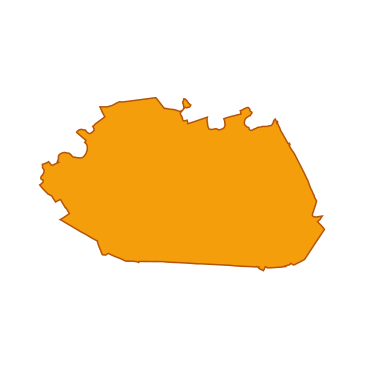 outline of Salcea, Suceava, Romania, rotated 133°
{"feature_id": "2599482B6511307834665", "entity_name": "Salcea", "entity_type": "district", "adm_level": 2, "iso_a3": "ROU", "parent_name": "Romania", "parent_adm1": "Suceava", "projection": "albers", "projection_center": [26.345, 47.647], "detail": "fine", "context": "isolated", "style": "filled", "palette": "amber", "viewbox_px": 384, "rotation_deg": 133, "n_neighbors": 0, "source": "geoboundaries", "source_scale": "gbopen_adm2", "svg_char_len": 6007}
<svg xmlns="http://www.w3.org/2000/svg" viewBox="0 0 384 384"><g transform="rotate(133 192 192)"><path d="M290.7,308.2L291.0,306.0L291.4,303.0L291.7,295.6L291.4,295.1L291.0,293.7L290.6,291.9L292.4,284.9L290.2,284.3L287.2,283.1L288.1,280.2L289.9,273.8L289.5,273.6L291.4,266.9L299.6,268.8L302.1,269.6L301.8,268.7L300.7,263.6L300.4,262.0L299.4,257.7L299.2,257.2L299.1,256.4L298.1,251.7L297.9,251.0L297.1,246.9L295.6,241.4L293.7,232.6L293.4,231.7L292.5,228.2L292.3,228.0L292.5,227.9L292.7,227.7L293.0,227.0L293.7,225.9L294.5,224.4L295.3,222.9L297.2,218.7L298.4,216.4L299.0,214.7L297.2,212.4L296.7,212.0L296.4,211.9L295.1,211.7L294.4,211.5L294.1,211.3L293.9,211.0L293.7,210.6L293.5,209.8L292.8,207.5L292.2,205.9L291.9,204.7L291.2,203.2L290.7,201.8L289.7,199.4L288.6,196.0L287.9,193.8L287.7,193.4L287.4,192.9L282.9,188.0L282.1,186.9L281.2,185.7L280.5,184.5L280.1,183.6L279.9,182.9L278.8,183.3L277.3,181.6L262.2,165.2L261.8,164.4L257.2,158.8L251.5,152.1L246.3,145.9L240.4,138.5L239.9,138.1L238.8,136.9L220.2,114.8L216.5,110.0L213.0,105.7L206.4,98.0L203.2,94.2L202.4,93.8L202.4,93.1L201.1,91.8L202.3,90.9L200.8,86.1L196.7,87.4L195.9,84.9L191.4,80.5L186.0,75.5L183.1,73.1L183.2,73.7L178.4,70.9L176.9,71.2L176.5,69.7L176.1,67.9L175.0,67.3L174.3,67.1L170.5,65.7L164.8,63.7L163.3,63.9L160.2,64.4L157.4,64.9L152.6,65.7L148.2,66.5L132.8,69.0L129.1,69.6L128.7,71.3L128.6,72.7L128.3,75.3L128.2,78.1L128.1,79.4L128.1,79.9L124.5,79.6L123.9,79.7L123.4,79.9L122.8,80.1L122.1,80.2L120.8,80.3L122.2,81.5L123.4,82.4L124.6,83.4L124.8,83.5L125.1,83.6L125.9,84.5L126.5,85.3L127.1,86.2L127.2,86.6L127.1,87.4L126.9,88.1L126.7,88.3L126.5,88.5L125.0,89.3L124.4,89.6L123.9,89.7L121.7,90.8L120.1,91.5L116.7,93.1L115.9,93.5L114.8,94.1L113.7,94.6L113.1,96.4L112.3,98.7L112.0,99.2L111.0,100.9L110.7,102.0L110.4,102.8L109.5,104.7L108.8,106.4L108.3,108.0L106.3,111.9L104.8,114.7L103.0,119.5L102.2,121.5L100.7,125.3L97.9,133.0L97.4,134.6L96.0,138.2L95.8,138.9L95.4,139.9L94.0,143.9L93.2,147.8L92.6,150.0L91.6,153.0L90.6,152.6L89.9,154.0L91.0,155.1L87.5,166.0L86.5,169.4L85.4,171.3L83.6,176.2L84.0,176.4L83.9,176.6L83.6,176.4L83.5,176.6L83.9,176.8L83.3,177.6L82.5,177.0L82.1,177.7L82.9,178.2L81.9,180.9L84.0,180.9L85.2,180.4L85.3,180.3L85.2,180.2L85.7,179.8L85.8,179.7L86.4,179.8L88.0,179.4L89.0,179.4L89.5,179.5L91.5,181.1L92.7,181.7L93.7,182.8L94.6,183.6L94.9,183.9L95.1,184.3L95.6,184.8L96.4,185.4L97.0,185.8L97.7,186.1L98.3,186.5L99.1,187.4L99.4,187.8L101.1,188.4L101.4,188.4L102.3,188.8L102.9,189.1L103.5,189.5L104.0,189.7L105.5,190.0L106.3,190.4L106.5,190.7L107.0,191.5L107.2,192.2L107.1,192.9L106.9,193.3L106.5,193.8L106.2,194.4L106.2,194.6L106.6,195.5L106.9,196.1L107.0,196.8L106.9,198.5L106.8,199.3L106.6,199.8L106.2,200.4L105.6,201.0L104.9,201.5L104.1,202.0L102.9,202.6L101.8,202.9L100.9,202.9L98.7,202.4L96.7,201.8L96.4,201.5L95.9,201.7L93.8,202.0L93.4,202.1L93.0,202.3L92.9,202.5L92.8,202.8L93.1,204.3L93.1,204.6L93.1,204.8L93.0,205.0L92.8,205.4L92.3,205.8L92.1,206.2L91.9,206.9L91.8,207.8L91.9,208.4L91.9,208.6L92.8,209.4L95.1,210.4L98.2,211.4L99.2,212.0L99.6,212.2L99.9,211.6L100.5,210.8L101.6,209.4L105.4,211.9L107.4,213.1L108.8,214.1L111.0,215.5L116.4,218.6L116.8,218.7L117.2,217.6L117.5,217.2L117.9,216.5L118.3,216.0L118.9,215.4L119.2,215.0L120.0,214.0L120.7,213.3L121.8,212.8L123.0,212.4L124.8,212.7L125.3,213.0L126.4,213.5L128.0,214.5L128.3,214.8L128.5,215.2L128.6,215.5L128.6,215.9L128.7,216.3L128.9,216.8L129.5,217.7L129.8,218.0L130.1,218.3L130.8,218.7L132.6,220.0L133.2,220.7L134.2,222.2L134.2,222.8L134.0,223.3L133.6,224.3L133.0,225.3L132.2,226.4L130.6,228.2L129.4,229.9L128.0,231.1L126.8,231.8L138.0,237.8L144.3,241.3L144.8,241.6L142.8,244.6L145.0,246.0L145.3,246.2L145.6,246.5L145.7,246.9L145.7,247.4L145.6,247.9L145.4,248.3L144.4,249.5L144.2,249.9L143.2,252.8L142.9,253.6L142.7,254.0L142.4,254.2L142.1,254.4L141.4,254.5L134.9,254.8L134.6,254.7L134.1,253.3L132.9,252.7L132.3,252.1L131.9,251.9L131.5,251.9L130.5,251.8L129.9,252.0L129.2,252.2L129.3,252.6L129.4,254.4L129.3,255.4L129.1,256.3L128.9,257.2L128.7,257.6L128.7,258.0L128.7,260.1L128.8,260.6L129.2,261.4L129.4,261.5L129.5,261.3L129.6,261.2L130.0,261.2L131.0,260.5L132.0,260.2L132.5,260.1L132.7,259.9L132.9,259.8L133.2,259.5L133.6,258.5L133.8,258.1L134.7,257.0L134.8,256.8L135.1,256.4L135.7,255.7L136.2,255.3L136.5,255.1L137.1,254.9L138.2,254.7L139.1,254.8L140.0,255.2L140.7,255.5L141.3,256.0L141.9,256.9L143.2,259.9L144.1,261.5L144.6,262.3L145.0,262.7L145.2,262.8L146.6,264.9L147.1,265.5L147.5,266.2L147.9,267.0L148.1,267.3L148.4,267.5L148.8,268.1L149.0,268.5L149.1,268.9L149.3,269.0L149.7,269.1L149.7,269.8L148.1,279.7L147.7,282.8L173.7,304.3L175.2,306.4L177.7,307.6L182.9,309.3L187.6,312.1L192.5,317.4L194.8,312.0L196.5,307.0L204.2,308.4L208.1,309.1L208.6,309.2L209.9,309.0L210.6,309.1L211.6,309.4L212.5,307.1L212.8,306.3L213.4,305.9L213.7,305.7L214.7,305.7L215.1,305.7L217.1,305.9L218.4,306.3L219.0,306.7L219.6,307.6L219.8,308.7L219.8,310.3L219.6,311.6L219.4,312.2L219.5,312.6L219.8,312.8L220.4,313.1L220.7,314.1L221.6,315.6L222.5,316.3L223.4,316.9L224.9,317.2L226.2,317.3L226.9,317.2L227.1,317.0L226.9,312.4L226.6,304.7L228.1,304.3L228.6,304.3L229.0,304.2L228.8,303.1L228.9,302.2L229.2,301.3L229.5,300.5L230.2,299.5L232.0,297.9L232.8,297.3L234.3,296.6L235.5,296.0L236.9,295.6L238.2,295.5L239.4,295.3L240.3,295.4L241.8,295.8L242.7,296.2L245.0,299.1L246.6,301.6L247.4,302.5L247.5,303.0L247.5,303.7L247.6,304.3L247.3,305.8L247.3,306.4L247.4,307.1L247.3,308.1L248.3,309.3L249.2,310.9L249.9,311.9L250.1,312.4L251.9,313.5L253.4,314.2L254.2,314.4L255.4,314.5L256.5,314.4L257.0,314.0L258.0,313.0L259.2,312.2L260.1,311.7L261.2,311.4L262.1,310.9L262.0,310.5L261.5,310.1L261.4,309.9L263.2,310.6L267.1,312.0L267.8,312.6L268.2,313.4L268.1,314.6L267.9,315.6L267.6,316.5L267.7,317.7L268.8,317.8L269.1,317.9L271.6,319.0L273.8,320.3L276.1,317.9L276.8,315.4L277.1,314.9L278.6,313.8L281.1,312.9L283.0,313.0L284.5,312.5L285.4,311.4L285.5,310.5L284.9,309.5L285.0,308.9L285.7,308.0L286.7,307.7L288.9,307.8L290.7,308.2Z" fill="#f59e0b" stroke="#b45309" stroke-width="1.5"/></g></svg>